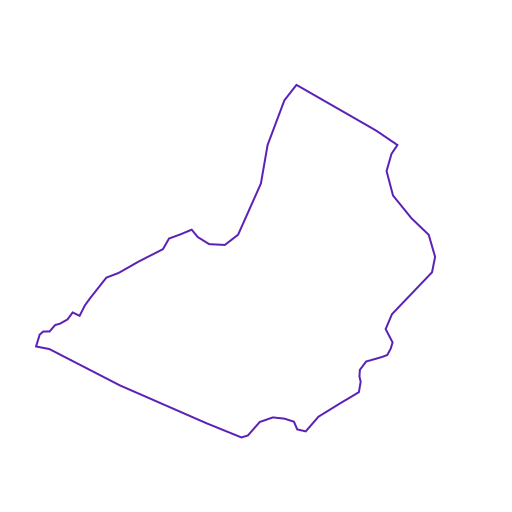 Mala, Kémo, Central African Republic, rotated 23°
{"feature_id": "33826404B24746486434253", "entity_name": "Mala", "entity_type": "district", "adm_level": 2, "iso_a3": "CAF", "parent_name": "Central African Republic", "parent_adm1": "Kémo", "projection": "robinson", "projection_center": [19.625, 6.239], "detail": "fine", "context": "isolated", "style": "outline", "palette": "violet", "viewbox_px": 512, "rotation_deg": 23, "n_neighbors": 0, "source": "geoboundaries", "source_scale": "gbopen_adm2", "svg_char_len": 887}
<svg xmlns="http://www.w3.org/2000/svg" viewBox="0 0 512 512"><g transform="rotate(23 256 256)"><path d="M342.8,98.6L317.9,93.7L313.3,93.1L226.4,82.7L221.3,101.6L223.3,149.3L232.2,187.4L231.2,243.4L223.0,258.0L208.2,263.4L194.9,261.3L186.5,256.9L177.6,266.0L169.1,273.9L167.7,286.0L150.1,307.0L136.3,325.1L126.7,334.4L119.8,359.6L117.8,368.2L117.0,380.0L109.3,379.6L107.3,388.0L102.0,394.9L98.1,398.0L95.5,406.1L89.6,408.7L87.6,412.9L88.9,425.2L102.2,422.4L181.1,428.3L275.9,429.3L313.5,428.7L318.7,424.3L324.3,407.3L334.6,398.0L345.8,394.6L355.7,393.7L361.7,399.5L370.3,398.0L376.3,379.5L390.4,359.6L403.9,341.1L401.5,330.9L398.3,326.5L396.1,320.2L398.6,310.1L411.1,300.0L415.5,295.9L416.2,288.7L415.5,282.2L403.9,272.6L403.9,256.4L424.4,202.2L421.2,186.8L406.7,169.0L384.3,160.5L358.5,146.8L343.0,126.8L340.8,109.0L342.8,98.6Z" fill="none" stroke="#5b21b6" stroke-width="2"/></g></svg>